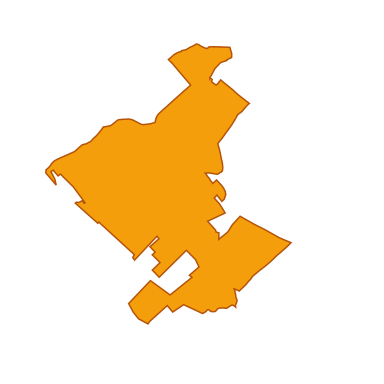 Villa de Etla, Oaxaca, Mexico (Robinson projection), rotated 49°
{"feature_id": "50627088B54456167780056", "entity_name": "Villa de Etla", "entity_type": "district", "adm_level": 2, "iso_a3": "MEX", "parent_name": "Mexico", "parent_adm1": "Oaxaca", "projection": "robinson", "projection_center": [-96.795, 17.197], "detail": "fine", "context": "isolated", "style": "filled", "palette": "amber", "viewbox_px": 384, "rotation_deg": 49, "n_neighbors": 0, "source": "geoboundaries", "source_scale": "gbopen_adm2", "svg_char_len": 4892}
<svg xmlns="http://www.w3.org/2000/svg" viewBox="0 0 384 384"><g transform="rotate(49 192 192)"><path d="M234.6,313.0L242.9,314.9L244.4,315.2L252.8,315.5L262.7,311.8L261.9,308.8L261.7,298.5L261.5,285.2L270.0,285.3L271.3,274.1L271.6,272.2L290.7,263.7L291.4,260.2L291.1,257.9L291.2,257.4L291.4,257.0L291.7,256.8L292.3,256.5L293.5,256.4L294.3,256.2L295.1,255.7L295.8,255.0L296.5,254.2L297.1,253.4L297.3,252.8L297.4,251.7L297.0,249.8L297.1,249.2L297.2,248.3L297.5,247.7L299.6,244.9L300.7,243.9L301.7,243.0L302.0,242.6L302.3,242.3L302.6,241.5L303.2,237.2L303.4,236.4L303.7,236.0L304.0,235.5L304.5,235.2L305.0,235.1L306.7,234.7L307.5,234.6L306.8,234.1L306.1,233.6L305.8,233.1L305.6,232.7L305.2,232.0L304.6,230.7L303.9,229.8L303.4,229.3L303.0,228.9L302.5,228.7L302.1,228.5L299.8,227.7L299.0,227.0L298.3,226.5L297.8,226.2L296.4,225.5L294.1,224.2L292.7,223.7L293.1,223.4L293.5,223.2L294.4,222.9L297.1,221.6L297.7,221.4L297.3,212.1L296.7,209.1L296.2,204.4L295.4,201.7L295.5,195.3L295.7,190.0L296.0,185.6L296.1,178.4L295.6,169.4L295.7,161.7L295.6,156.0L295.2,150.5L289.4,153.4L283.6,156.2L278.2,158.1L271.8,160.4L267.4,162.0L266.4,162.4L261.1,164.6L256.4,166.5L251.8,168.1L241.9,171.6L242.1,173.4L242.3,175.4L242.5,177.1L242.7,178.9L242.9,180.8L243.1,182.6L243.8,185.2L244.3,186.7L244.8,188.3L245.2,189.8L245.6,191.3L245.6,192.8L245.6,194.4L245.5,196.4L245.5,198.5L245.3,199.1L245.3,199.6L245.3,202.9L240.5,198.5L237.9,200.1L236.2,199.2L224.3,199.4L225.2,196.2L225.4,195.6L229.6,180.8L229.3,180.8L227.9,180.5L226.5,180.2L219.0,179.0L211.2,179.2L210.6,175.2L217.2,175.5L218.7,175.6L218.6,172.5L216.1,168.3L215.8,168.0L213.2,166.5L209.7,165.6L206.3,165.3L204.6,165.4L199.5,165.5L199.0,165.6L199.1,167.6L199.2,170.7L195.8,170.5L193.2,170.1L190.5,170.0L189.7,169.9L188.6,169.8L186.4,169.6L188.7,166.7L190.1,165.5L192.9,163.2L195.2,161.3L195.6,160.2L195.7,157.9L196.1,157.3L196.1,155.5L195.7,154.8L193.9,152.9L190.9,150.6L185.0,147.4L181.8,145.5L177.2,143.0L174.3,141.8L173.6,141.5L173.2,141.1L172.4,140.7L172.0,138.7L171.6,136.4L171.3,134.4L169.5,127.1L169.0,124.9L168.3,121.6L168.1,120.8L167.5,118.2L167.2,117.3L166.6,115.5L166.3,114.3L166.1,113.8L165.9,113.1L165.7,112.5L164.0,107.7L163.5,106.6L163.7,105.9L163.8,104.0L163.9,103.7L164.0,101.4L163.8,100.3L162.7,92.8L162.8,90.6L157.0,91.8L149.7,93.2L144.7,93.9L141.5,94.2L137.0,95.0L131.5,96.0L126.2,96.8L127.2,102.0L127.2,102.5L127.1,103.7L125.5,104.1L125.3,104.1L124.6,104.3L124.2,104.4L123.3,104.6L122.9,104.6L122.3,104.8L121.6,104.9L120.4,103.0L118.8,103.2L117.8,103.5L118.1,104.1L117.3,103.6L117.1,102.8L116.9,101.5L114.2,94.6L113.8,92.9L113.8,92.4L113.5,90.3L113.5,89.2L113.3,88.0L113.1,85.9L113.2,85.3L114.8,81.3L115.4,79.9L115.6,79.4L115.1,78.9L116.5,73.9L113.7,71.3L109.8,69.5L107.7,68.5L105.8,70.5L104.9,71.4L103.9,72.5L103.1,73.4L102.5,74.0L101.8,74.6L101.2,75.3L100.6,76.0L100.2,76.4L99.7,77.0L99.2,77.6L98.3,78.5L97.5,79.3L96.6,80.4L95.8,81.3L95.2,82.1L94.8,82.6L94.0,83.3L93.7,83.6L93.7,84.6L93.7,85.9L93.7,86.3L93.1,86.7L92.8,86.9L92.5,87.2L92.2,87.6L91.6,87.9L91.1,88.1L90.6,88.3L90.1,88.5L89.7,88.7L88.8,89.1L88.0,89.4L87.5,89.6L86.8,89.8L86.2,90.0L85.7,90.1L85.2,90.3L84.8,90.4L84.4,90.7L84.1,90.9L83.8,91.1L83.4,91.5L83.0,92.0L82.9,92.6L82.9,93.3L82.6,94.7L82.5,95.2L82.4,95.7L82.3,96.2L81.8,97.5L81.7,97.8L81.5,98.3L81.5,98.8L81.4,99.0L80.7,103.0L80.0,104.4L79.1,106.2L78.4,107.1L78.6,107.5L78.8,108.1L78.7,108.4L78.1,109.5L77.9,109.9L77.6,110.6L76.6,114.7L76.6,117.2L76.6,120.8L76.5,122.9L80.1,122.7L82.1,122.5L82.4,122.5L93.2,122.7L94.6,122.7L110.4,122.9L110.5,124.9L110.5,132.8L110.6,135.9L110.6,141.1L110.8,148.8L110.8,149.3L110.8,149.9L110.8,150.7L110.8,151.6L110.8,152.3L110.9,153.6L110.9,159.5L111.1,165.1L111.2,166.7L111.8,168.7L112.4,170.0L113.4,171.8L114.1,172.7L114.5,173.2L115.2,174.0L114.8,175.1L114.3,176.4L113.1,178.8L112.9,179.2L110.2,183.1L109.4,184.3L107.7,185.9L107.2,186.1L105.9,186.6L104.4,187.2L101.1,188.5L99.2,189.3L98.6,189.5L97.1,190.5L96.2,191.2L95.5,191.8L95.0,192.3L94.6,192.9L93.2,194.8L92.0,196.2L91.9,196.3L90.8,197.9L89.8,199.2L89.4,199.9L89.0,201.0L88.9,201.3L88.9,203.3L88.8,205.6L88.7,208.1L88.7,208.9L88.2,210.6L87.6,211.7L86.9,212.8L86.2,213.9L85.8,214.8L84.7,216.2L85.0,217.0L85.8,220.7L86.8,227.0L86.9,231.5L87.2,234.1L87.5,235.4L86.7,237.6L86.4,239.9L84.4,243.7L84.3,246.7L84.4,250.4L84.4,254.3L81.6,263.4L80.2,267.8L78.7,273.0L78.2,276.4L78.5,279.4L79.3,282.3L79.6,286.0L79.5,287.6L81.7,289.8L97.7,290.0L92.4,287.1L84.1,285.1L84.4,282.5L92.0,282.5L92.2,279.5L97.2,279.2L110.3,278.2L130.0,279.8L129.7,280.8L126.5,280.6L125.6,284.4L123.8,286.0L123.9,287.4L153.8,283.6L153.5,282.1L155.1,281.9L190.2,277.9L201.4,276.6L202.6,279.7L205.7,280.0L202.4,247.4L205.6,247.6L205.7,259.6L213.2,259.3L213.3,263.2L224.3,262.4L224.9,273.2L234.8,272.7L232.3,234.5L245.2,233.7L253.2,235.9L253.1,248.6L256.4,248.0L255.3,276.1L231.6,281.5L234.6,313.0Z" fill="#f59e0b" stroke="#b45309" stroke-width="1.5"/></g></svg>